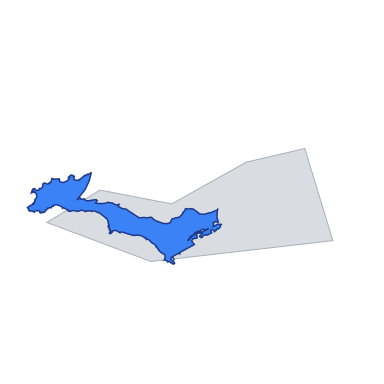 East Mahe, Anse Royale, Seychelles (highlighted), rotated 112°
{"feature_id": "34574756B49819614716360", "entity_name": "East Mahe", "entity_type": "district", "adm_level": 2, "iso_a3": "SYC", "parent_name": "Seychelles", "parent_adm1": "Anse Royale", "projection": "natural_earth1", "projection_center": [55.513, -4.728], "detail": "fine", "context": "in_parent", "style": "filled", "palette": "blue", "viewbox_px": 384, "rotation_deg": 112, "n_neighbors": 0, "source": "geoboundaries", "source_scale": "gbopen_adm2", "svg_char_len": 6329}
<svg xmlns="http://www.w3.org/2000/svg" viewBox="0 0 384 384"><g transform="rotate(112 192 192)"><path d="M271.9,204.2L274.6,315.2L224.7,278.1L210.7,206.4L144.0,152.9L109.4,103.7L184.3,43.2L271.9,204.2Z" fill="#d9dde1" stroke="#a8b0b8" stroke-width="1"/><path d="M211.0,153.0L211.8,153.4L211.7,154.4L212.3,156.4L214.2,157.6L216.0,159.4L214.9,159.3L214.3,160.0L213.5,160.1L212.9,160.9L212.4,160.3L211.3,159.9L210.7,159.4L210.8,159.0L210.3,158.6L210.2,157.9L210.5,157.0L210.0,156.3L209.2,157.2L208.4,157.5L206.6,159.2L199.7,161.6L197.6,161.6L199.4,162.0L201.9,164.7L203.8,166.4L204.3,166.9L204.4,167.7L204.9,168.3L208.1,172.4L209.7,177.2L208.9,178.0L207.3,184.5L208.1,187.3L208.9,188.2L209.7,191.6L210.7,192.0L211.5,191.6L212.2,191.6L213.8,192.7L214.5,192.8L215.1,192.4L215.9,192.6L220.1,194.2L220.7,195.5L221.7,196.3L222.0,197.5L223.9,199.4L224.0,200.1L225.1,200.6L228.7,200.7L230.4,202.9L231.5,205.2L231.5,206.1L232.0,206.9L232.2,214.9L231.4,218.4L230.6,220.0L230.9,220.9L233.0,224.4L233.4,226.6L234.6,229.0L235.4,230.1L235.6,232.0L233.0,245.1L232.5,246.3L233.2,249.2L233.5,251.6L233.1,253.3L233.2,254.9L230.8,255.0L232.5,257.4L232.0,262.1L232.8,264.2L233.0,266.1L234.7,267.8L236.4,271.0L238.3,276.3L238.0,276.5L238.2,277.3L237.2,276.9L236.0,277.1L235.4,276.7L235.0,277.9L236.1,280.2L237.2,281.5L237.2,282.3L238.0,282.9L238.9,284.4L239.1,285.5L239.5,286.0L239.7,287.5L239.2,288.2L239.4,288.5L238.7,289.3L239.2,289.7L240.3,292.7L239.5,293.0L239.5,293.4L239.9,294.0L242.7,295.9L229.8,292.0L220.1,291.5L212.1,292.6L212.2,293.2L213.6,293.7L214.6,295.6L215.1,295.7L215.8,296.4L216.0,296.3L216.6,297.1L217.0,297.2L216.9,297.9L217.7,298.0L218.5,298.8L219.5,298.8L221.0,300.0L222.2,300.5L222.8,301.3L223.2,301.1L223.7,301.8L224.0,301.7L224.7,305.4L224.2,306.6L221.5,306.9L221.6,308.6L221.4,308.7L221.2,309.7L221.6,309.8L221.8,310.5L222.6,311.3L223.0,311.1L223.6,311.4L223.8,311.1L224.2,311.4L224.5,311.2L224.6,312.0L225.2,311.7L226.1,311.7L226.6,311.0L227.9,311.6L229.7,313.1L231.3,314.9L231.7,315.9L232.0,318.2L231.1,319.4L230.8,319.3L230.5,320.0L229.8,319.7L229.6,320.0L230.5,321.9L230.8,323.0L231.2,323.3L231.6,324.3L232.0,325.5L232.0,325.9L231.7,326.1L231.8,326.8L232.3,327.0L233.3,326.5L234.0,326.8L234.9,326.7L235.1,326.5L236.3,326.6L236.6,327.6L237.8,328.2L238.0,328.0L239.0,329.3L238.7,331.5L239.6,333.0L240.7,333.3L241.5,333.0L241.8,332.4L243.1,332.5L244.8,332.9L245.8,334.1L245.9,334.8L246.8,334.8L247.0,334.5L247.4,334.8L248.2,335.6L248.9,337.0L248.9,337.4L247.8,339.0L248.1,339.9L248.7,340.5L249.4,340.8L249.7,340.7L249.6,340.4L250.4,340.8L250.7,340.4L251.6,340.7L251.9,340.4L252.2,340.5L252.1,340.2L252.6,340.3L251.4,339.2L251.2,338.9L251.6,338.2L250.9,338.0L250.9,337.5L251.7,336.0L252.4,335.4L255.1,333.8L257.6,334.8L258.7,334.6L258.7,334.2L259.1,333.9L259.9,334.4L260.9,334.2L261.3,334.7L261.7,334.5L261.9,334.7L262.1,334.4L262.5,335.2L263.0,334.6L263.4,335.4L264.9,336.3L264.9,336.6L265.3,336.7L266.2,337.8L267.9,338.3L268.3,338.0L268.3,338.3L269.0,337.4L269.0,337.2L269.3,337.2L270.0,336.6L270.0,336.1L270.6,335.8L270.5,335.2L270.2,335.0L269.5,332.4L269.9,330.7L269.5,330.5L268.8,330.7L268.3,330.4L267.7,329.4L267.5,328.4L266.8,327.7L266.9,325.7L267.5,325.8L268.1,325.3L268.1,324.2L267.3,323.8L267.0,322.7L266.5,322.6L266.4,321.8L265.5,320.9L264.4,320.9L264.0,321.2L262.9,320.0L261.6,319.8L261.3,319.3L260.9,319.7L260.6,319.1L260.1,318.9L259.9,317.5L259.5,317.3L259.4,316.7L257.7,316.4L257.4,315.9L257.4,315.5L256.9,315.2L256.1,315.4L254.6,312.9L254.3,309.3L254.6,307.0L254.8,305.9L255.2,306.2L255.6,306.0L254.8,305.4L255.1,300.5L255.2,300.2L255.4,300.4L255.8,300.1L256.0,299.3L255.3,297.1L254.7,296.7L253.5,295.0L253.1,292.9L253.3,292.6L253.0,291.3L252.1,290.1L252.0,289.5L250.4,288.0L250.0,287.1L250.1,285.2L249.8,283.3L250.0,283.1L249.4,282.5L248.4,282.1L248.4,281.0L247.7,279.9L247.9,279.3L247.4,278.0L247.4,277.3L247.0,277.4L246.3,276.0L246.1,274.9L246.4,271.4L245.9,270.9L247.8,263.8L248.5,262.4L248.3,262.2L248.6,261.2L249.3,260.1L250.4,259.0L252.1,258.2L252.3,257.7L253.5,256.6L253.8,256.8L254.0,256.5L254.3,256.8L254.4,256.5L255.0,256.4L255.3,256.8L255.7,256.8L255.7,256.2L256.3,255.1L256.8,255.1L256.6,254.9L256.8,254.6L257.5,254.2L257.9,253.5L258.6,253.7L258.9,252.6L259.4,252.8L259.8,252.5L260.3,253.3L260.6,252.9L260.8,253.2L261.2,253.0L261.4,252.6L260.9,252.4L260.9,251.8L260.3,251.4L259.8,251.5L259.1,250.9L257.8,251.1L256.9,249.4L256.3,249.1L256.2,247.2L256.8,243.5L256.3,243.6L255.4,242.2L254.3,230.2L253.8,229.8L253.9,229.2L253.2,227.8L252.9,227.7L252.7,227.2L251.6,223.4L251.6,222.1L252.1,218.1L251.8,218.5L251.7,218.2L252.6,217.8L252.5,216.8L252.7,216.2L252.9,216.2L252.5,215.6L252.4,214.3L254.2,210.0L254.4,207.7L255.5,205.2L255.8,205.3L256.4,204.4L255.2,204.2L256.4,204.3L257.4,202.0L257.9,201.5L258.1,201.6L258.6,200.9L258.5,200.7L259.8,197.9L259.6,197.6L260.1,196.2L260.0,195.0L260.7,193.5L262.1,192.6L264.2,192.3L264.7,191.6L265.3,191.9L264.9,191.3L265.3,190.4L265.5,188.8L265.8,188.7L266.0,188.2L265.2,187.6L265.0,186.9L265.1,186.1L265.6,185.4L265.3,183.9L265.9,183.4L265.6,182.9L265.8,182.2L265.0,181.6L264.5,181.8L264.3,181.6L263.6,183.1L262.8,183.4L263.1,184.0L262.9,185.5L261.2,187.1L259.3,186.0L260.9,184.1L260.9,183.8L259.2,185.9L253.9,181.6L254.2,180.7L253.9,180.1L253.0,180.9L239.8,170.1L237.5,174.1L234.8,173.4L233.2,170.5L232.5,170.1L230.7,170.9L230.2,171.7L229.7,172.9L229.3,172.9L229.4,172.3L228.3,171.5L226.6,168.4L225.7,167.2L225.4,167.4L225.4,166.9L225.8,166.8L227.0,167.4L228.1,167.5L229.8,168.4L230.4,168.1L230.9,166.9L230.7,166.0L230.0,165.5L229.0,165.6L228.4,165.0L227.6,164.8L227.1,163.8L226.0,163.0L226.5,161.9L222.4,158.4L220.8,160.4L220.1,160.2L219.4,158.9L219.3,158.1L220.7,155.5L220.1,156.5L218.3,155.1L217.8,155.5L217.0,155.3L216.5,154.7L216.5,153.8L215.1,153.1L213.4,152.7L212.5,152.9L212.2,153.3L211.1,152.7L211.0,153.0ZM219.3,163.0L220.6,163.4L221.8,164.3L225.3,167.6L226.8,169.9L227.8,172.3L228.5,172.9L231.4,174.1L233.6,175.7L237.5,176.9L238.4,177.6L238.3,177.8L237.8,177.7L237.6,178.1L237.8,177.4L237.4,177.2L236.9,177.6L235.2,176.8L233.4,176.7L231.3,174.5L230.5,174.6L228.6,174.0L228.3,173.3L227.8,173.1L227.9,172.9L227.3,172.3L227.1,172.5L226.6,172.1L226.7,171.6L226.3,171.9L225.6,170.9L225.3,169.9L224.4,169.4L224.1,169.5L223.3,168.8L222.8,168.7L222.1,165.8L221.7,165.5L221.2,164.3L219.3,163.0Z" fill="#3b82f6" stroke="#1e3a8a" stroke-width="1.5"/></g></svg>